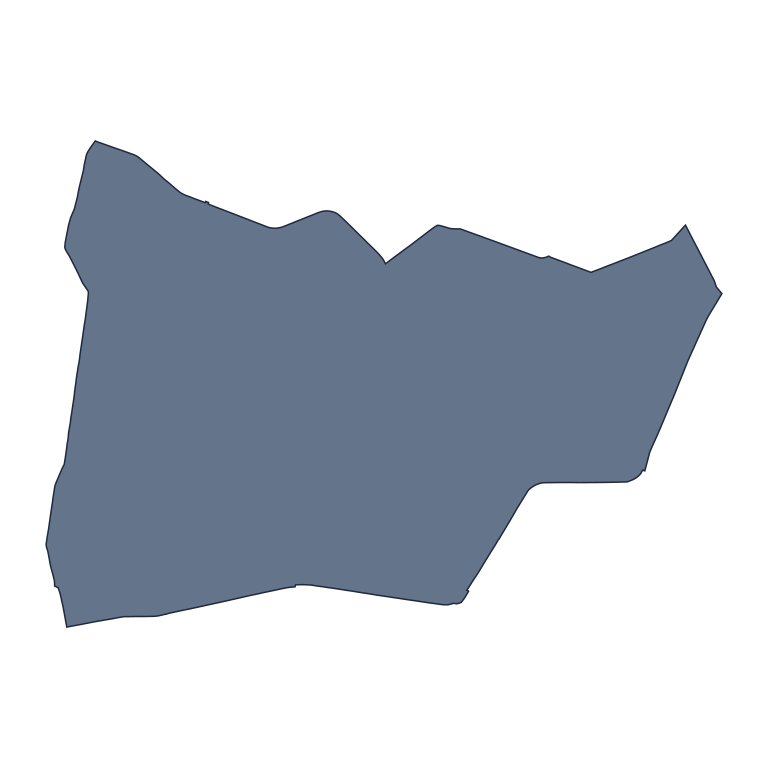 Venustiano Carranza, Distrito Federal, Mexico
{"feature_id": "50627088B79024573117957", "entity_name": "Venustiano Carranza", "entity_type": "district", "adm_level": 2, "iso_a3": "MEX", "parent_name": "Mexico", "parent_adm1": "Distrito Federal", "projection": "mercator", "projection_center": [-99.095, 19.432], "detail": "fine", "context": "isolated", "style": "filled", "palette": "slate", "viewbox_px": 768, "rotation_deg": 0, "n_neighbors": 0, "source": "geoboundaries", "source_scale": "gbopen_adm2", "svg_char_len": 5526}
<svg xmlns="http://www.w3.org/2000/svg" viewBox="0 0 768 768"><path d="M95.3,140.9L90.4,147.7L87.6,152.1L86.3,155.2L86.1,156.3L84.2,165.1L83.4,170.3L82.6,173.8L79.9,184.6L79.4,186.8L78.5,190.8L77.3,197.4L74.3,209.1L72.4,213.5L72.0,214.5L70.8,217.2L68.6,224.9L68.0,228.1L66.9,233.6L65.2,242.6L64.9,246.0L64.8,247.6L65.4,249.4L66.7,251.9L67.7,253.4L69.4,256.1L76.8,270.7L79.2,275.7L82.0,281.8L82.6,283.0L88.1,291.1L88.4,292.5L87.7,300.5L86.9,306.9L86.1,312.7L85.4,318.3L84.1,326.3L82.7,336.3L81.3,345.8L80.2,353.1L79.3,360.7L78.0,367.6L76.5,377.4L75.6,384.6L74.7,391.0L74.3,394.8L73.3,402.2L73.0,403.9L72.2,409.4L71.6,413.5L71.0,416.8L70.3,422.8L69.0,430.3L68.6,432.4L68.5,433.3L68.1,438.4L67.7,441.0L67.4,442.4L67.3,442.9L66.2,451.5L65.1,459.0L64.2,464.5L63.6,465.5L62.4,467.9L59.4,474.8L55.9,483.1L54.8,486.4L52.9,498.6L52.6,501.3L50.9,512.5L49.1,525.2L48.6,528.8L47.1,537.5L46.1,544.4L46.5,547.2L47.7,550.9L49.0,557.4L49.7,561.5L50.3,564.7L51.1,568.2L52.5,573.1L53.5,577.0L54.4,580.9L54.6,583.8L54.6,586.1L58.1,587.7L59.8,592.6L61.0,597.2L62.0,602.2L62.7,605.2L63.0,606.5L65.4,619.5L66.8,627.1L67.0,627.0L81.3,624.4L86.8,623.3L95.0,621.7L99.7,620.9L100.6,620.8L104.6,620.0L105.4,619.9L110.3,619.1L112.7,618.7L116.6,617.9L123.7,616.7L136.9,616.5L143.8,616.5L150.7,616.4L154.7,616.3L158.8,615.8L160.0,615.5L164.7,614.4L166.5,614.1L167.1,613.9L167.8,613.6L170.1,613.0L173.1,612.4L178.5,611.2L195.3,607.7L218.1,602.7L229.0,600.3L232.9,599.4L239.6,597.9L250.0,595.5L255.9,594.3L263.5,592.6L270.3,591.2L281.9,588.7L288.3,587.5L295.1,586.8L295.4,584.9L296.0,584.9L299.6,584.7L302.2,584.7L303.8,584.7L308.8,584.9L311.3,585.1L314.7,585.6L315.7,585.8L319.2,586.3L322.6,586.7L326.2,587.3L329.6,587.8L333.0,588.2L336.7,588.8L337.0,588.8L342.6,589.7L348.3,590.6L348.7,590.6L353.2,591.3L359.8,592.4L365.8,593.3L371.0,594.1L376.3,595.0L382.9,596.0L387.8,596.7L391.8,597.3L396.4,598.0L401.1,598.7L405.7,599.4L410.5,600.1L414.7,600.7L419.3,601.4L423.9,602.1L428.6,602.8L434.0,603.5L437.7,604.0L442.7,604.7L445.4,604.8L446.3,604.8L446.9,604.8L449.1,604.6L452.3,603.7L453.0,603.3L456.8,603.8L459.1,603.2L461.3,602.4L464.8,597.7L468.6,591.2L468.4,591.0L466.8,590.2L468.4,587.9L469.3,586.5L470.2,585.0L472.0,582.2L474.8,577.9L476.7,575.1L478.5,572.3L480.6,568.8L482.2,566.2L483.5,563.9L485.1,561.3L488.0,556.7L490.6,552.4L494.1,546.8L496.1,543.6L498.2,539.9L499.1,539.0L499.8,537.8L500.2,537.1L500.3,536.9L500.8,536.0L508.6,523.0L515.5,511.2L516.2,509.8L522.2,500.1L524.7,496.0L527.9,490.8L529.3,489.2L531.5,487.5L533.1,486.4L535.4,485.1L537.7,484.1L540.2,483.3L541.9,482.9L544.2,482.7L544.8,482.7L562.6,482.5L570.4,482.5L579.6,482.6L596.2,482.5L611.1,482.3L627.1,481.9L627.6,481.8L628.5,481.4L630.0,480.8L631.4,480.3L632.6,479.8L633.7,479.3L634.5,478.8L635.4,478.3L636.2,477.8L637.2,477.1L638.4,476.0L639.8,474.7L640.7,473.6L641.3,472.6L641.9,471.5L642.7,470.1L644.8,470.9L646.2,465.7L648.9,455.4L649.7,452.3L651.8,447.4L653.5,443.5L653.9,442.7L656.3,437.4L659.1,431.0L659.6,429.9L671.1,402.4L672.5,399.1L673.4,397.1L688.0,360.6L705.4,322.0L707.5,317.6L711.0,311.7L718.5,299.3L720.3,296.3L721.9,293.6L716.3,286.9L714.3,280.8L713.4,279.1L710.0,272.6L709.8,272.1L703.2,259.4L702.4,257.9L701.8,256.6L694.7,243.0L694.2,242.1L685.8,225.7L685.5,225.1L683.2,227.5L680.1,231.0L676.5,234.9L675.7,235.8L674.0,237.7L671.4,240.5L665.3,243.1L660.4,245.0L654.1,247.6L647.1,250.4L642.6,252.2L631.9,256.5L626.5,258.6L620.6,260.9L614.8,263.2L608.2,265.7L599.5,269.1L592.2,271.9L591.1,272.4L588.3,271.3L586.8,270.8L581.6,268.8L576.7,267.0L571.5,265.1L566.6,263.2L550.2,257.1L548.9,256.1L545.5,257.4L543.1,257.9L542.0,258.0L540.7,257.9L539.6,257.7L538.9,257.6L528.6,253.8L490.1,239.7L483.4,237.3L482.2,236.8L469.6,232.3L460.3,228.9L455.4,228.9L452.3,228.7L450.2,228.5L442.0,226.1L439.7,225.5L437.4,225.3L435.1,226.6L432.0,228.8L421.9,236.5L412.6,243.6L409.8,245.7L400.7,252.4L387.8,262.0L385.4,263.8L384.2,261.3L382.3,258.2L379.0,254.3L376.6,251.8L373.1,248.3L371.4,246.6L370.2,245.5L366.8,242.2L364.5,239.8L364.0,239.3L361.4,236.8L358.4,233.9L356.7,232.2L355.3,230.8L352.4,227.9L351.3,226.8L349.1,224.7L347.3,222.9L346.0,221.6L344.3,220.0L341.3,217.2L340.0,215.9L338.0,214.3L337.2,213.7L335.3,212.7L333.4,212.0L331.1,211.4L329.4,211.1L327.0,210.9L324.5,211.0L322.7,211.3L321.4,211.6L318.4,212.6L317.5,212.9L313.0,214.8L312.7,214.9L307.8,216.8L304.3,218.2L300.3,219.8L296.9,221.2L296.0,221.5L292.2,223.1L288.8,224.4L287.7,224.9L281.7,227.2L281.0,227.4L277.1,228.1L275.4,228.2L274.6,228.2L272.7,228.1L270.4,227.8L268.2,227.3L267.9,227.2L267.7,227.1L267.3,226.9L263.8,225.6L263.1,225.3L261.0,224.5L258.2,223.4L254.2,221.9L250.4,220.4L247.1,219.1L245.2,218.4L243.6,217.7L240.0,216.4L234.7,214.3L233.1,213.7L229.4,212.3L225.9,210.9L224.2,210.3L222.5,209.6L219.0,208.3L215.6,207.0L213.7,206.2L212.1,205.6L208.2,204.1L208.6,202.6L207.2,202.0L205.7,201.4L205.3,202.7L201.0,201.1L199.3,200.5L197.6,199.8L195.4,199.0L194.3,198.6L193.0,198.1L190.5,197.1L186.5,195.6L185.3,195.2L184.7,194.9L183.2,194.2L181.9,193.5L181.2,193.1L179.8,192.2L178.6,191.2L177.6,190.4L174.8,188.1L174.3,187.6L171.5,185.2L168.2,182.4L167.6,181.9L164.5,179.4L163.6,178.6L160.3,175.4L157.6,173.0L155.5,171.3L151.4,167.9L148.3,165.4L145.6,163.1L144.6,162.3L140.9,159.2L139.5,158.0L139.0,157.7L138.2,157.1L137.4,156.5L136.5,156.0L135.8,155.6L134.8,155.2L134.5,155.0L133.0,154.4L130.4,153.5L126.7,152.1L126.3,152.0L122.4,150.6L118.9,149.4L115.4,148.2L111.7,146.9L111.2,146.7L104.7,144.4L100.7,143.0L97.4,141.9L96.5,141.5L95.9,141.2L95.3,140.9Z" fill="#64748b" stroke="#1e293b" stroke-width="1.5"/></svg>